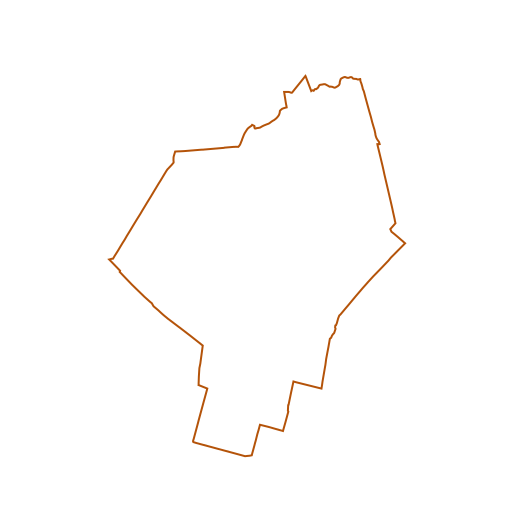 outline of Balesti, Vrancea, Romania, rotated 194°
{"feature_id": "2599482B89340498251643", "entity_name": "Balesti", "entity_type": "district", "adm_level": 2, "iso_a3": "ROU", "parent_name": "Romania", "parent_adm1": "Vrancea", "projection": "albers", "projection_center": [27.24, 45.473], "detail": "fine", "context": "isolated", "style": "outline", "palette": "amber", "viewbox_px": 512, "rotation_deg": 194, "n_neighbors": 0, "source": "geoboundaries", "source_scale": "gbopen_adm2", "svg_char_len": 4445}
<svg xmlns="http://www.w3.org/2000/svg" viewBox="0 0 512 512"><g transform="rotate(194 256 256)"><path d="M397.6,217.1L395.0,215.5L393.4,214.5L384.3,208.8L384.4,207.6L376.8,202.8L369.3,198.1L364.0,195.0L354.0,189.2L349.8,187.0L347.5,185.8L345.7,185.0L343.7,182.9L343.2,182.4L339.9,180.8L337.5,179.6L335.0,178.2L332.2,176.7L330.2,175.7L327.2,174.3L326.9,174.1L313.3,168.3L313.0,168.2L300.6,162.8L286.0,156.2L284.0,138.1L283.8,133.5L282.3,125.3L280.7,117.8L280.5,117.4L280.5,116.9L271.2,115.6L271.2,113.9L271.5,101.5L271.9,82.3L271.9,80.1L272.2,63.3L272.3,62.0L272.3,61.2L272.2,60.9L272.1,60.6L271.9,60.4L271.6,60.3L268.5,60.1L251.7,59.8L247.7,59.7L231.8,59.4L226.9,59.3L218.2,59.1L216.6,59.7L213.8,60.7L211.9,61.6L211.9,63.7L211.8,67.4L211.7,71.9L211.7,74.3L211.6,76.7L211.6,83.7L211.4,87.8L211.3,93.2L211.2,93.2L202.6,93.2L187.5,92.7L187.2,102.2L187.0,112.8L187.6,113.5L188.7,119.1L188.4,119.4L188.9,131.3L189.3,143.3L186.4,143.2L181.1,143.2L174.0,143.2L160.4,143.2L160.7,146.7L161.1,150.5L162.2,165.3L162.3,166.9L162.6,169.6L163.0,173.0L163.3,178.0L163.7,185.2L164.3,193.6L163.3,194.9L163.0,197.1L162.3,198.9L161.7,199.8L161.5,200.5L161.2,204.6L162.0,205.9L162.2,207.8L161.6,208.3L161.3,210.5L161.2,215.3L160.8,218.4L159.9,219.7L156.5,226.7L154.7,230.3L149.4,241.3L144.5,251.1L142.7,254.5L140.9,258.0L137.2,264.8L132.7,272.5L126.4,283.5L124.7,287.1L119.4,296.0L114.4,304.4L122.6,308.6L127.1,310.8L130.4,312.3L132.2,314.6L130.2,318.4L128.6,321.5L129.7,323.7L130.4,325.3L134.0,332.5L135.0,334.6L136.6,337.8L139.1,342.7L145.6,355.4L151.2,366.3L152.6,369.2L155.0,374.0L160.1,383.8L164.7,392.6L165.3,393.9L164.7,394.1L164.3,394.2L163.9,394.1L163.1,394.5L164.3,396.5L164.8,396.9L165.5,397.5L166.1,398.0L167.4,399.3L168.0,400.1L168.6,401.0L169.5,402.6L169.7,403.3L171.1,406.2L171.9,407.7L172.9,409.3L175.7,414.1L178.1,418.6L181.0,423.6L185.4,431.4L188.2,436.4L191.2,441.9L191.9,442.8L192.7,443.8L192.9,444.2L193.6,445.6L194.8,447.7L195.4,448.7L195.8,449.3L196.4,450.1L196.8,450.7L197.2,451.5L197.5,452.5L197.7,452.9L198.2,452.7L198.6,452.5L199.2,452.1L199.8,451.9L200.1,451.9L200.5,451.9L200.9,452.0L201.4,452.1L201.9,452.0L202.5,451.9L203.5,451.7L204.3,451.6L204.9,451.7L205.3,452.0L206.1,452.5L206.7,452.6L207.3,452.5L208.0,452.2L208.6,451.7L209.3,451.3L209.8,451.1L210.7,451.0L211.5,451.0L212.2,451.2L212.7,451.2L213.3,451.1L214.5,450.4L215.1,449.8L216.1,449.0L216.6,448.2L216.7,447.1L216.8,445.6L216.7,444.4L216.5,443.5L216.6,442.9L216.7,442.2L217.4,441.1L217.9,440.4L218.5,439.9L219.4,439.0L220.2,438.4L220.8,438.3L221.6,438.4L223.0,438.6L223.7,438.5L224.2,438.5L224.8,438.4L225.2,438.1L225.6,438.1L226.0,438.2L227.0,438.5L227.6,438.7L228.5,438.9L229.6,439.2L230.7,439.4L231.8,439.1L232.6,438.7L233.7,438.2L234.5,437.9L235.3,437.5L235.7,437.1L236.1,436.3L236.5,434.4L236.8,434.0L237.6,432.9L237.9,432.5L238.4,432.4L238.8,432.3L239.3,432.0L239.6,431.3L239.8,430.7L240.0,430.3L240.7,430.5L241.3,430.4L241.8,430.0L242.3,429.4L251.4,442.5L251.6,442.7L254.5,436.3L258.6,427.5L260.5,423.3L260.7,423.1L261.0,423.0L261.4,422.9L261.8,423.0L262.7,423.1L263.7,423.1L264.4,423.0L266.5,422.5L268.4,422.0L264.4,412.5L263.2,409.8L262.9,409.3L262.2,407.6L263.7,406.8L265.2,405.9L266.3,405.1L267.1,404.0L267.8,402.9L267.9,402.4L267.8,401.8L267.7,400.8L267.7,399.9L267.8,398.6L268.1,397.6L268.7,396.2L269.5,394.7L270.2,393.7L271.3,392.3L272.3,391.4L273.5,390.1L274.3,389.1L275.2,388.0L276.0,387.3L277.5,386.3L280.1,384.4L281.6,383.1L282.7,382.0L283.1,381.6L283.5,381.4L284.1,381.1L285.5,380.5L286.0,380.4L286.7,379.9L287.3,379.6L287.6,379.6L287.9,379.5L288.2,379.7L288.5,380.0L288.7,380.5L288.8,381.5L289.1,381.8L291.5,382.3L291.9,381.4L292.2,380.9L293.3,379.7L294.4,378.3L294.9,377.5L295.2,376.8L296.0,374.5L296.5,372.9L296.7,372.4L297.1,370.3L297.5,367.2L297.7,365.7L297.7,364.8L297.9,363.8L298.1,362.3L298.3,360.8L298.6,359.7L299.1,358.5L299.6,357.6L300.8,357.4L304.0,356.5L312.8,353.5L313.2,353.2L332.2,346.7L332.7,346.5L334.8,345.9L336.9,345.2L348.7,341.2L350.5,340.6L355.0,339.2L357.5,338.5L359.7,337.8L359.8,335.7L359.9,333.6L359.9,332.0L359.6,330.5L359.2,328.8L358.6,327.1L358.6,326.6L359.9,323.9L362.9,318.6L363.5,317.0L364.7,313.2L366.8,306.3L367.9,303.0L368.7,300.4L370.8,293.6L372.4,288.3L374.6,281.4L376.1,276.5L377.2,273.0L378.4,268.9L380.4,262.8L382.5,256.1L384.3,250.2L386.2,244.2L387.3,240.3L388.6,236.4L389.8,232.5L391.3,227.5L393.2,221.8L394.1,218.8L395.5,218.3L397.0,217.4L397.6,217.1Z" fill="none" stroke="#b45309" stroke-width="2"/></g></svg>